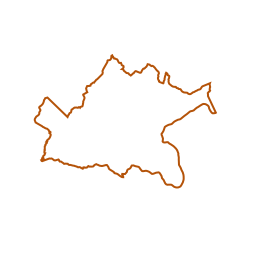 the district of Costa Rica, Mato Grosso do Sul, Brazil, rotated 69°
{"feature_id": "56859067B26406840873489", "entity_name": "Costa Rica", "entity_type": "district", "adm_level": 2, "iso_a3": "BRA", "parent_name": "Brazil", "parent_adm1": "Mato Grosso do Sul", "projection": "albers", "projection_center": [-53.227, -18.497], "detail": "fine", "context": "isolated", "style": "outline", "palette": "amber", "viewbox_px": 256, "rotation_deg": 69, "n_neighbors": 0, "source": "geoboundaries", "source_scale": "gbopen_adm2", "svg_char_len": 5770}
<svg xmlns="http://www.w3.org/2000/svg" viewBox="0 0 256 256"><g transform="rotate(69 128 128)"><path d="M54.5,116.7L54.6,117.5L55.8,118.2L56.7,118.5L57.6,119.5L58.0,120.3L57.9,121.5L57.6,122.7L58.0,123.2L59.1,123.7L64.2,130.0L64.8,130.5L65.3,131.1L65.9,131.5L67.2,131.7L68.4,132.5L71.5,139.4L71.5,140.0L71.9,140.9L72.5,141.7L72.7,142.4L73.5,143.3L73.2,143.8L73.2,144.6L73.7,146.1L73.8,146.8L74.2,147.4L75.0,147.8L75.0,148.6L74.2,151.1L76.0,152.9L78.6,153.3L80.0,153.2L80.7,157.8L81.4,158.0L82.9,157.7L83.5,157.7L84.4,157.8L85.2,158.4L87.2,160.3L88.0,160.6L88.5,160.8L89.0,161.3L89.6,161.5L90.8,162.3L91.4,162.8L91.3,164.7L91.9,165.5L91.2,165.8L90.9,166.5L91.2,167.5L90.4,168.8L89.8,170.6L89.9,171.2L90.6,173.4L90.6,174.0L91.0,174.4L92.6,175.3L93.1,175.9L93.1,176.8L93.4,177.6L94.3,178.3L94.5,179.0L95.3,179.8L96.1,180.5L70.7,192.3L70.5,194.6L71.1,195.2L72.0,196.5L73.2,197.2L74.4,198.3L75.2,199.3L76.0,201.1L76.3,202.5L76.6,203.2L77.1,203.6L77.8,203.6L79.4,203.3L80.0,203.4L80.5,203.8L81.5,205.1L81.9,205.4L82.9,205.7L83.3,206.1L83.9,207.0L84.5,209.5L85.5,210.9L86.3,211.8L87.1,212.2L87.9,212.3L88.9,212.2L89.7,212.3L95.6,207.5L96.3,207.2L96.7,206.8L97.3,206.2L97.8,205.9L99.0,204.8L99.7,203.8L101.6,202.8L102.7,202.8L103.4,202.2L104.0,201.9L104.5,203.2L106.0,202.5L106.8,202.6L107.5,203.2L108.2,203.7L109.4,205.1L109.8,205.8L110.2,207.3L110.6,208.0L111.5,209.1L111.8,208.4L112.3,208.9L112.8,209.1L113.9,211.1L114.7,211.3L115.3,212.3L116.0,212.5L116.6,212.8L117.4,213.1L118.0,213.2L118.6,213.9L119.3,213.8L119.9,214.4L120.7,214.8L121.5,214.8L121.8,214.4L122.3,215.0L122.9,215.2L123.4,215.9L123.6,216.9L124.0,217.3L124.8,217.8L125.5,217.7L126.1,217.9L126.8,217.8L126.5,219.0L125.8,219.2L126.5,219.8L127.2,219.9L127.1,220.5L127.8,220.4L128.2,220.0L128.3,212.3L128.7,211.7L129.1,210.2L130.2,209.4L131.7,208.5L132.2,207.5L132.5,204.2L133.3,203.9L134.1,204.0L134.9,203.7L135.3,202.6L137.9,200.8L138.6,200.5L138.8,199.3L139.8,197.1L140.8,196.7L141.4,196.2L141.9,194.9L143.5,192.7L143.8,192.0L144.3,191.4L144.7,191.0L145.1,190.3L145.7,189.8L146.2,189.0L146.8,188.7L147.2,187.1L148.2,186.2L148.8,185.9L149.2,185.3L149.8,184.8L149.4,184.2L148.8,183.8L148.9,183.3L149.2,182.7L149.7,182.4L149.8,181.7L150.0,181.2L150.2,180.6L149.4,179.0L149.4,178.5L150.0,178.3L150.3,177.7L150.4,177.1L150.8,176.5L151.4,174.5L151.3,173.8L150.8,173.2L150.5,172.2L150.4,170.6L151.3,169.8L151.6,169.3L153.0,168.0L154.0,166.3L154.3,165.4L154.7,161.7L155.1,160.9L157.0,160.4L157.9,160.3L158.7,160.4L159.4,160.3L159.9,160.1L163.2,157.6L164.5,156.8L165.3,156.8L166.6,154.9L167.3,154.2L169.8,152.7L171.4,151.5L171.8,151.0L172.2,150.1L171.3,149.8L169.4,150.2L168.8,149.8L169.9,147.3L169.2,145.9L168.6,144.8L167.3,144.0L166.7,143.1L166.6,141.4L166.4,140.4L165.7,139.4L165.0,138.7L164.4,138.0L164.9,136.3L166.2,134.9L167.9,132.3L168.4,131.8L169.3,131.5L170.6,131.2L172.5,130.6L173.2,130.3L173.7,129.5L174.3,126.8L174.8,125.8L176.2,124.2L177.1,123.5L179.3,122.2L179.7,121.3L179.8,120.3L179.8,118.7L179.8,117.8L180.4,115.3L181.1,114.7L182.6,114.3L184.8,113.9L187.1,114.2L189.1,113.4L192.8,113.1L193.7,112.8L194.3,112.5L195.0,111.7L196.2,108.5L196.5,107.9L196.9,107.5L199.4,106.0L199.8,105.6L200.8,104.3L201.4,102.8L201.5,101.9L201.4,100.4L201.3,99.9L200.4,98.6L198.4,96.3L196.3,94.7L195.3,94.2L193.1,93.4L191.5,93.0L189.1,92.8L186.5,93.1L183.9,93.1L180.7,93.6L175.6,91.9L173.6,91.1L170.9,90.6L169.8,90.1L167.5,90.1L166.4,90.1L164.4,90.6L161.9,91.7L161.0,92.2L158.7,93.8L157.3,95.0L155.6,95.8L155.2,96.7L154.8,98.6L154.4,99.5L153.9,100.2L153.0,100.5L152.4,100.2L151.8,99.8L150.2,99.1L148.8,99.1L148.0,99.0L146.5,99.1L145.5,98.8L144.7,97.5L143.3,95.8L140.3,93.3L140.1,92.8L139.8,91.3L139.6,89.2L139.7,87.8L139.9,86.6L139.9,85.6L138.9,83.2L138.6,82.3L138.4,80.9L138.2,78.5L138.3,77.7L138.5,76.4L138.4,75.6L136.9,71.0L136.1,68.0L134.9,64.5L134.8,63.6L135.1,61.7L135.1,60.3L134.4,58.6L133.7,56.5L133.6,55.4L132.9,52.2L132.5,49.8L132.6,48.9L133.2,47.6L133.8,46.8L134.9,45.9L136.0,45.2L137.0,45.0L137.5,45.0L138.5,45.2L139.8,45.2L142.2,44.8L143.5,44.4L144.1,44.1L144.6,43.7L145.0,42.6L145.3,41.1L145.2,40.5L126.8,41.9L125.7,41.4L124.0,41.0L123.2,39.7L123.1,38.7L122.4,37.9L121.6,38.1L120.0,37.3L119.2,36.6L116.7,36.2L116.2,36.0L115.6,35.5L115.8,43.6L116.1,44.3L117.6,46.4L117.7,47.2L117.5,48.4L117.5,49.2L117.7,49.8L117.8,51.9L118.1,53.2L118.0,54.8L118.3,55.5L118.7,57.3L118.6,58.1L118.1,58.9L117.6,59.5L116.5,59.9L116.1,60.4L115.8,61.1L115.0,62.7L114.6,63.3L114.0,63.8L113.2,64.4L112.7,64.6L110.8,65.0L110.3,65.5L110.0,66.3L109.5,66.9L108.9,67.0L108.0,68.3L107.4,68.4L106.7,68.7L106.5,69.3L105.6,71.0L105.1,71.5L104.2,72.2L103.4,72.6L101.7,73.6L101.0,73.7L99.4,73.6L98.0,72.9L97.4,72.9L96.8,72.5L96.1,71.8L95.3,71.3L94.8,71.0L94.2,70.9L93.6,71.3L93.0,71.9L91.4,71.8L90.8,72.1L90.1,72.6L90.8,73.4L91.6,73.6L93.0,74.9L94.2,75.6L94.8,76.1L95.5,76.3L96.2,76.7L97.0,77.7L97.8,78.3L98.6,78.6L98.9,79.2L96.4,82.0L95.7,82.4L94.9,82.0L94.5,82.3L93.4,82.4L92.6,82.3L91.8,82.0L91.0,81.2L90.0,81.1L89.3,80.8L88.1,79.6L87.2,79.4L86.3,79.5L84.6,80.4L83.9,80.6L83.4,80.8L82.7,81.0L81.1,81.4L80.5,81.8L79.6,82.1L79.2,82.5L78.8,82.8L78.6,83.3L78.6,83.9L78.1,84.3L77.2,84.9L76.6,85.1L76.0,86.0L75.5,86.8L76.0,87.2L77.2,88.6L77.5,89.1L77.6,89.7L78.2,90.9L78.4,91.6L78.1,92.2L78.3,92.8L79.3,94.3L80.8,95.8L80.9,96.5L80.6,97.2L77.7,100.3L77.7,101.0L78.1,101.9L78.6,102.6L78.9,103.1L78.9,104.0L79.4,104.8L80.0,106.6L79.0,107.2L78.4,107.7L77.1,108.0L76.7,108.6L76.1,109.7L74.3,110.6L73.2,111.3L72.4,111.3L71.5,111.6L70.9,112.5L70.7,111.8L70.2,110.8L69.8,110.4L68.7,110.0L68.0,110.4L67.4,111.0L66.9,111.3L65.6,111.2L64.7,111.2L64.2,112.7L63.8,113.0L62.9,113.2L60.6,113.4L59.9,113.7L59.5,114.3L58.5,115.2L58.3,116.0L57.8,116.1L57.1,116.2L56.7,116.6L56.1,116.4L55.5,116.7L54.5,116.7Z" fill="none" stroke="#b45309" stroke-width="2"/></g></svg>